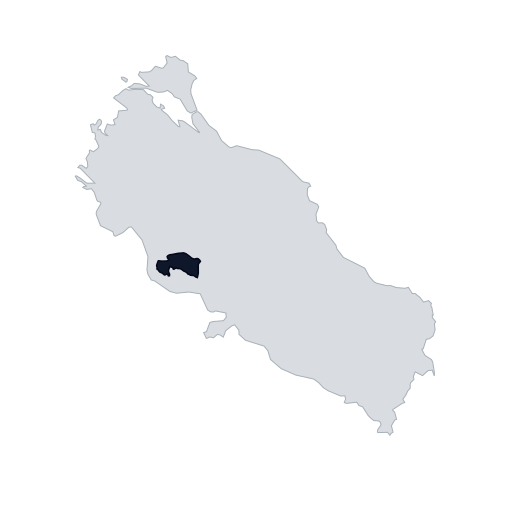 Turkey, with Karaman highlighted, rotated 43°
{"feature_id": "TUR-3012", "entity_name": "Karaman", "entity_type": "Province", "adm_level": 1, "iso_a3": "TUR", "parent_name": "Turkey", "parent_adm1": "", "projection": "orthographic", "projection_center": [33.206, 37.039], "detail": "fine", "context": "in_parent", "style": "filled", "palette": "ink", "viewbox_px": 512, "rotation_deg": 43, "n_neighbors": 0, "source": "natural_earth", "source_scale": "10m", "svg_char_len": 4790}
<svg xmlns="http://www.w3.org/2000/svg" viewBox="0 0 512 512"><g transform="rotate(43 256 256)"><path d="M388.8,175.0L395.9,176.9L398.0,174.9L404.2,174.5L410.0,175.4L412.6,171.0L416.6,171.0L417.6,173.1L419.5,173.6L425.9,178.3L425.3,179.0L427.0,180.8L432.1,181.5L432.9,184.1L437.2,187.7L440.0,193.6L439.3,198.0L437.4,200.9L441.6,209.9L440.8,211.1L447.3,213.5L455.0,212.1L457.6,213.1L465.9,219.5L468.2,222.1L462.6,219.3L460.0,222.6L459.4,229.9L451.4,232.2L453.2,236.7L455.7,238.6L455.5,243.1L456.3,244.8L458.9,247.5L459.1,251.5L460.5,255.6L461.1,260.6L464.7,261.7L463.4,264.2L460.8,274.9L461.2,275.7L463.8,275.6L470.2,279.6L469.3,281.3L470.8,287.8L476.4,291.4L475.8,293.6L476.2,295.8L472.4,295.3L465.6,302.0L464.8,301.9L463.5,300.0L462.6,294.2L460.6,292.9L458.3,292.9L454.5,296.0L450.7,296.3L447.0,296.2L436.8,293.6L433.3,295.2L429.4,294.2L422.7,302.1L420.5,303.0L419.1,299.5L416.4,297.7L413.3,300.7L400.9,305.3L395.1,306.4L387.9,305.9L382.0,306.7L366.4,315.9L351.2,321.2L337.2,321.8L329.3,317.2L323.3,316.4L305.9,324.8L297.1,324.9L294.0,321.9L287.3,320.9L285.9,323.9L284.8,331.2L287.4,337.7L283.6,338.2L281.2,339.8L280.7,344.8L277.3,346.8L276.2,349.9L275.6,350.0L269.9,347.7L271.4,345.2L267.6,336.1L269.3,333.2L276.3,325.5L276.0,321.1L272.8,318.2L263.7,323.9L263.0,326.1L260.9,327.8L257.5,328.5L241.0,321.7L231.5,328.1L223.4,337.3L217.2,340.7L199.0,343.3L195.7,345.0L189.5,343.1L185.8,340.6L177.4,330.1L161.7,322.0L145.0,319.7L143.4,321.7L142.7,329.7L139.8,337.2L138.4,337.9L134.7,335.9L121.6,339.9L110.7,334.5L108.9,332.3L106.8,323.4L105.2,322.7L103.4,323.9L101.6,323.7L93.9,319.6L89.6,319.1L86.9,322.7L82.6,324.0L82.6,322.9L84.3,320.6L77.7,320.7L74.1,322.3L69.4,320.9L69.8,319.9L73.7,319.0L82.6,318.1L88.5,312.6L67.5,311.7L65.4,312.8L65.3,309.8L66.5,308.5L72.1,307.7L71.9,305.2L68.7,302.3L65.1,300.6L63.9,294.2L62.1,292.4L62.4,291.6L65.9,290.7L66.9,286.1L66.6,283.2L60.0,280.3L58.5,280.4L57.0,277.9L54.3,275.9L51.9,277.2L45.4,272.9L46.8,270.3L48.5,270.5L49.0,268.3L47.9,264.7L48.2,262.8L49.7,262.4L51.3,262.9L52.8,265.2L52.7,269.3L54.4,271.8L55.8,269.5L58.8,271.0L64.3,270.1L65.4,269.1L61.4,269.0L60.0,267.9L57.2,260.9L60.7,259.2L63.3,256.1L58.9,253.6L60.1,249.1L56.6,243.6L62.2,237.4L62.0,236.4L60.4,235.9L44.0,237.5L44.0,234.5L45.4,232.0L45.8,225.7L46.8,222.3L49.8,221.5L53.9,216.6L60.2,211.1L66.3,211.6L68.9,210.1L72.5,210.2L73.5,212.7L76.6,214.5L82.2,214.6L85.0,213.2L82.6,210.1L85.9,209.3L88.4,210.2L86.8,213.3L87.6,213.7L95.0,213.1L102.6,214.2L111.1,214.2L112.2,213.3L106.4,209.8L110.3,207.1L112.5,206.6L130.3,204.7L130.4,204.1L119.6,202.2L114.2,198.2L112.8,196.1L114.1,191.1L115.4,189.9L119.2,189.8L132.4,192.6L141.9,191.6L152.2,195.1L162.1,194.7L164.2,193.3L166.7,188.5L180.8,180.8L185.7,176.7L207.3,168.7L239.5,169.8L245.1,166.6L248.4,167.6L247.5,169.7L247.7,171.6L251.7,176.3L257.5,179.0L265.5,176.4L268.4,177.3L271.5,184.7L276.6,189.0L279.0,189.3L281.9,186.5L284.8,186.1L289.7,188.5L291.4,191.1L307.1,193.6L310.4,195.7L321.0,197.4L343.9,190.7L352.6,193.7L359.8,194.4L362.8,193.6L371.8,188.6L374.5,185.9L380.1,183.4L387.0,178.0L388.8,175.0ZM91.6,166.6L90.8,170.0L91.9,173.7L94.9,179.0L98.0,181.8L113.4,189.5L110.8,196.0L106.8,196.8L93.5,193.0L87.8,195.3L83.9,194.4L78.3,195.3L76.5,199.1L72.4,203.4L61.2,208.2L50.4,218.6L47.5,219.8L49.0,216.1L49.2,212.8L53.8,209.3L60.1,206.8L61.9,204.5L46.5,203.8L45.3,200.3L47.0,199.8L52.4,194.1L53.1,191.7L53.0,185.8L59.3,182.8L59.9,181.4L59.4,175.5L53.9,171.7L54.2,170.1L58.4,168.8L60.9,164.9L66.9,164.5L69.8,162.7L75.0,162.0L81.0,167.5L88.6,166.0L91.6,166.6ZM42.4,217.6L37.2,218.1L35.6,217.1L37.4,215.4L41.5,214.5L42.6,216.4L42.4,217.6Z" fill="#d9dde1" stroke="#a8b0b8" stroke-width="1"/><path d="M215.7,297.4L218.0,297.5L219.0,297.8L219.2,299.2L219.1,299.7L219.6,301.6L222.3,304.5L224.2,306.5L225.6,308.0L227.2,310.7L227.8,311.8L226.1,312.5L224.3,312.6L223.5,313.0L221.2,314.8L219.5,315.1L218.7,315.6L218.1,315.6L217.3,315.4L215.3,315.6L213.4,316.3L210.5,316.6L209.5,316.9L208.6,317.4L207.9,318.1L207.1,318.7L206.2,319.0L205.4,319.9L205.2,321.2L204.6,322.0L203.8,321.8L203.6,321.5L203.6,321.2L203.2,321.1L202.5,321.3L201.5,322.0L201.1,322.2L200.2,322.3L200.3,323.3L200.7,323.9L201.1,324.6L201.3,325.4L201.7,326.2L202.3,326.5L202.7,327.1L203.2,327.5L204.5,327.8L205.6,328.6L206.2,329.5L205.5,330.3L204.6,330.0L203.8,329.5L203.4,329.6L203.1,329.7L202.8,330.7L202.5,331.7L201.9,332.3L201.1,332.4L199.7,332.4L198.3,332.7L196.9,333.3L195.5,333.3L193.9,332.9L192.4,333.1L191.9,332.2L191.0,331.6L190.2,331.1L189.5,330.3L188.6,328.2L187.8,326.1L190.4,324.1L193.9,320.8L194.6,319.7L194.7,318.8L194.3,318.0L192.9,317.9L191.5,317.2L191.3,316.2L191.9,314.2L194.2,311.3L197.0,307.4L199.8,304.3L201.0,303.0L203.2,302.1L206.8,301.6L210.4,301.4L212.8,300.5L213.9,298.9L214.6,298.0L215.7,297.4Z" fill="#0f172a" stroke="#020617" stroke-width="1.5"/></g></svg>